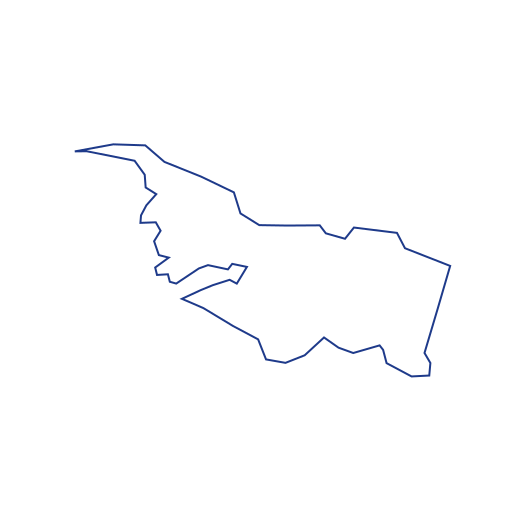 map outline of North (orthographic projection), rotated 208°
{"feature_id": "HKG-5168", "entity_name": "North", "entity_type": "state/province", "adm_level": 1, "iso_a3": "HKG", "parent_name": "Hong Kong S.A.R.", "parent_adm1": "", "projection": "orthographic", "projection_center": [114.21, 22.516], "detail": "fine", "context": "isolated", "style": "outline", "palette": "blue", "viewbox_px": 512, "rotation_deg": 208, "n_neighbors": 0, "source": "natural_earth", "source_scale": "10m", "svg_char_len": 914}
<svg xmlns="http://www.w3.org/2000/svg" viewBox="0 0 512 512"><g transform="rotate(208 256 256)"><path d="M198.6,169.4L215.0,183.4L243.2,183.4L277.9,185.3L293.1,184.1L301.3,183.4L288.8,199.9L280.4,210.0L268.1,222.6L260.0,222.6L258.9,242.1L273.3,237.9L274.5,231.0L294.1,225.4L300.6,218.2L313.5,194.2L320.0,192.8L325.2,198.5L334.5,192.8L339.6,198.5L332.3,213.6L342.2,211.2L352.9,221.2L352.1,233.5L360.3,238.7L373.6,231.0L376.6,237.9L376.6,249.3L373.1,263.8L385.6,264.7L392.4,275.5L407.9,283.1L454.7,269.0L465.1,263.3L434.4,287.6L405.7,301.7L381.0,296.1L341.9,300.3L305.4,301.8L289.7,286.3L267.6,284.8L242.8,297.5L214.1,313.0L205.0,308.8L185.5,313.0L182.9,327.1L142.4,342.6L128.1,332.8L79.9,338.4L70.8,294.6L61.7,249.5L51.8,243.4L46.9,231.8L62.1,222.7L90.4,222.7L99.7,232.8L104.9,235.1L124.6,216.0L140.1,213.8L157.7,216.0L166.4,191.2L179.8,175.5L198.6,169.4Z" fill="none" stroke="#1e3a8a" stroke-width="2"/></g></svg>